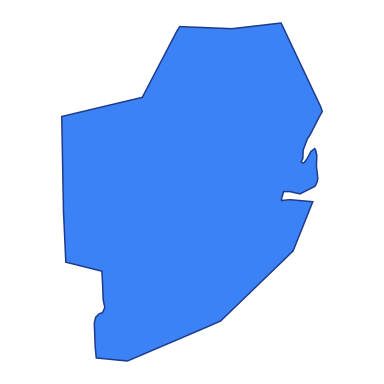 Union Vale, Soufrière, Saint Lucia
{"feature_id": "8701671B13319398950854", "entity_name": "Union Vale", "entity_type": "district", "adm_level": 2, "iso_a3": "LCA", "parent_name": "Saint Lucia", "parent_adm1": "Soufrière", "projection": "natural_earth1", "projection_center": [-61.055, 13.811], "detail": "fine", "context": "isolated", "style": "filled", "palette": "blue", "viewbox_px": 384, "rotation_deg": 0, "n_neighbors": 0, "source": "geoboundaries", "source_scale": "gbopen_adm2", "svg_char_len": 933}
<svg xmlns="http://www.w3.org/2000/svg" viewBox="0 0 384 384"><path d="M290.1,199.7L286.5,200.0L281.5,200.5L281.6,198.8L283.6,191.6L288.0,191.6L289.9,191.6L299.9,193.9L301.4,193.2L315.1,186.2L315.6,185.1L317.0,182.3L317.2,181.6L317.8,178.7L317.5,175.6L316.4,165.6L316.7,158.8L316.8,155.5L316.3,153.0L315.7,150.2L315.1,149.2L314.7,148.6L311.0,151.4L310.5,152.2L307.1,158.7L305.6,160.7L303.9,162.9L303.0,163.0L301.6,162.2L301.2,161.9L301.5,161.3L302.8,158.7L303.2,150.0L307.3,139.1L310.1,134.8L313.3,128.6L319.6,116.2L322.3,111.6L320.8,107.0L281.1,23.0L231.9,28.7L179.8,26.6L177.0,30.9L142.3,97.3L61.7,116.5L61.8,119.1L63.5,212.9L63.9,219.9L65.8,262.2L101.9,271.2L102.8,288.7L103.1,299.3L104.1,304.2L104.8,307.6L102.5,312.7L99.3,313.7L95.7,317.2L94.3,323.0L95.2,347.4L96.3,358.0L127.4,361.0L202.5,328.9L220.5,321.1L284.6,259.2L289.9,254.0L293.1,250.9L312.8,201.7L290.1,199.7Z" fill="#3b82f6" stroke="#1e3a8a" stroke-width="1.5"/></svg>